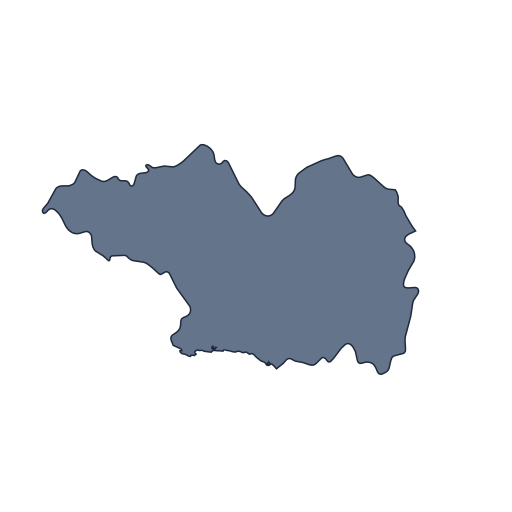 Al Madinah, Natural Earth projection, rotated 326°
{"feature_id": "SAU-845", "entity_name": "Al Madinah", "entity_type": "Region", "adm_level": 1, "iso_a3": "SAU", "parent_name": "Saudi Arabia", "parent_adm1": "", "projection": "natural_earth1", "projection_center": [39.015, 24.943], "detail": "fine", "context": "isolated", "style": "filled", "palette": "slate", "viewbox_px": 512, "rotation_deg": 326, "n_neighbors": 0, "source": "natural_earth", "source_scale": "10m", "svg_char_len": 5873}
<svg xmlns="http://www.w3.org/2000/svg" viewBox="0 0 512 512"><g transform="rotate(326 256 256)"><path d="M209.9,361.0L209.7,359.6L209.5,357.6L209.1,356.1L209.0,354.9L208.0,353.8L207.6,353.0L207.4,351.9L207.4,350.8L206.1,351.6L205.5,351.2L205.0,351.2L205.1,352.3L205.6,352.9L207.1,353.5L207.1,354.0L205.2,353.8L203.9,352.5L203.8,349.1L201.3,345.5L199.9,340.8L199.5,339.2L199.3,337.5L198.9,335.9L198.0,334.6L197.4,334.3L196.8,334.2L195.8,333.8L195.3,333.1L195.0,332.1L194.5,330.9L193.9,329.9L192.9,329.6L192.0,329.3L191.2,328.8L190.6,328.4L190.1,327.2L189.1,326.0L188.7,325.6L187.7,324.8L186.6,324.4L185.6,324.3L184.2,323.3L183.5,322.7L182.4,321.5L181.3,320.0L180.1,319.0L179.1,318.0L177.4,316.2L176.9,315.9L176.5,315.8L175.9,316.0L175.5,316.4L174.2,315.4L173.3,314.6L170.9,312.9L169.1,311.4L169.5,310.6L170.5,309.8L171.9,309.6L171.3,309.0L170.5,309.3L169.4,309.9L169.0,309.0L169.6,307.8L169.9,306.7L169.3,306.5L168.9,307.0L168.2,307.1L167.8,307.8L168.2,308.2L168.3,308.8L168.4,309.7L168.5,310.3L168.1,310.7L166.9,310.2L165.1,310.7L162.5,308.5L161.7,307.7L159.5,305.8L159.0,304.4L158.2,303.8L157.2,303.3L156.2,302.7L155.4,301.8L154.2,300.9L152.9,301.0L152.2,300.9L151.4,301.6L151.2,302.5L151.5,303.9L149.0,304.0L148.4,303.0L146.7,302.1L145.4,302.6L144.1,301.1L143.3,299.6L142.1,297.6L140.1,295.7L139.4,293.4L140.0,292.0L140.4,292.2L141.5,293.0L142.0,291.9L141.6,290.6L137.4,283.8L137.5,283.4L138.3,279.4L138.7,278.1L139.3,276.8L140.2,275.7L141.4,275.1L142.6,274.8L147.3,274.8L149.5,274.5L150.8,274.1L152.1,273.5L153.5,272.5L154.9,271.0L156.5,268.9L157.7,267.5L159.0,266.6L160.2,266.4L161.5,266.5L164.1,267.0L166.9,267.1L168.3,266.8L169.7,266.1L171.0,264.9L172.2,263.2L172.7,261.9L173.0,260.9L172.3,238.2L174.4,222.5L174.3,221.2L173.8,219.9L173.1,219.1L172.3,218.6L171.1,218.4L167.5,218.2L166.6,217.9L166.2,217.7L165.5,216.2L163.5,207.8L161.8,202.6L160.9,200.6L160.1,199.3L159.0,198.0L151.6,191.2L150.6,189.9L149.9,188.5L149.4,187.0L148.6,183.3L148.4,183.0L148.0,182.6L147.1,181.8L136.9,175.5L135.6,175.2L134.4,175.7L132.4,177.6L131.5,177.8L131.0,177.0L130.7,175.8L130.1,173.0L129.3,170.2L126.0,162.9L125.6,161.5L125.5,160.1L125.6,158.6L125.9,157.2L126.9,154.4L130.4,148.2L130.9,147.1L131.2,145.6L131.1,144.0L130.5,142.3L129.5,141.1L128.3,140.4L121.7,138.3L120.4,137.6L119.1,136.7L117.9,135.5L116.9,134.1L116.2,132.7L115.6,131.2L115.2,129.7L115.0,128.1L114.9,125.2L116.2,115.8L116.3,112.0L116.2,110.2L115.3,106.0L114.8,104.7L114.4,104.0L113.5,103.0L112.5,102.2L111.5,101.8L110.8,101.7L109.7,101.7L106.0,102.5L104.8,102.4L103.8,101.7L103.6,100.6L104.0,99.4L105.0,98.3L106.2,97.7L112.7,95.9L127.4,88.4L128.7,88.0L130.3,88.0L132.0,88.3L134.6,89.5L139.4,92.8L141.1,93.5L143.5,94.0L144.7,94.1L146.1,93.9L147.3,93.4L158.0,87.1L159.0,87.1L160.1,87.4L161.6,88.6L162.4,89.8L162.9,90.9L164.5,97.2L165.6,100.1L166.7,102.4L169.9,107.7L171.2,108.9L172.8,109.8L175.3,110.3L181.1,110.6L182.3,110.8L183.5,111.2L184.5,112.0L185.0,113.0L185.1,113.8L185.1,114.2L185.0,114.5L185.0,115.0L185.1,116.1L185.5,117.3L186.5,118.4L190.0,120.8L190.9,121.9L191.3,123.2L191.4,124.6L191.2,126.1L191.2,127.4L191.7,128.4L192.9,128.8L194.7,128.3L196.1,127.3L201.3,122.9L202.1,122.5L203.3,122.2L204.7,122.3L206.6,122.9L210.8,125.1L212.2,125.6L213.5,125.7L215.0,125.0L215.2,123.9L215.1,122.6L214.8,121.2L214.9,120.0L215.6,119.2L216.7,119.4L218.0,120.6L218.6,122.0L219.6,124.7L220.9,126.0L222.9,127.1L230.1,130.0L237.0,135.7L239.2,136.5L242.1,136.9L247.8,136.9L271.5,132.9L272.8,133.1L274.1,133.9L275.1,134.8L277.1,137.9L278.1,140.9L278.4,142.2L278.5,143.9L278.5,145.5L278.0,148.0L277.7,148.8L275.7,152.9L275.0,155.0L275.0,156.7L275.7,158.1L276.7,159.2L278.0,159.7L279.3,159.9L282.0,159.2L283.4,159.3L284.6,160.4L285.2,161.8L285.3,163.3L282.2,186.4L282.2,188.5L282.4,190.2L284.2,197.8L285.2,204.7L284.8,223.0L285.1,224.9L285.7,226.6L286.5,227.8L287.4,228.9L288.1,229.4L289.1,230.0L290.4,230.4L291.6,230.6L293.0,230.6L294.3,230.3L308.5,224.8L311.4,224.3L318.3,224.5L320.7,224.2L321.9,224.0L323.0,223.6L323.8,223.3L324.9,222.6L326.0,221.7L327.1,220.5L331.3,214.8L332.6,213.6L334.1,212.5L336.1,211.7L337.7,211.3L347.6,210.9L363.7,213.6L368.6,215.1L370.0,215.7L377.6,217.6L380.1,218.6L381.2,219.5L382.1,220.8L382.6,222.5L382.8,224.1L381.8,242.0L382.0,243.5L382.6,245.1L383.7,247.0L384.9,248.1L386.3,248.9L393.7,251.1L394.7,251.6L395.3,252.1L396.4,254.1L397.4,256.8L400.5,269.7L401.6,272.6L402.4,273.8L403.3,274.8L408.4,278.9L408.4,281.3L407.7,284.3L407.0,286.3L406.9,286.6L404.2,290.4L403.3,292.0L403.0,293.1L402.9,294.1L403.1,294.6L403.9,296.9L403.9,298.5L403.8,301.2L402.8,306.4L402.1,318.1L402.3,324.5L394.8,323.3L391.2,323.5L389.9,324.1L388.7,325.1L388.0,326.3L387.7,327.7L387.8,329.2L389.3,333.7L389.6,335.1L389.7,336.6L389.6,339.6L389.2,341.3L388.5,343.1L387.0,345.7L385.6,347.2L384.2,348.4L374.0,353.3L366.5,358.0L364.0,360.1L362.2,362.2L361.6,363.8L362.0,365.3L363.0,366.5L364.2,367.5L370.5,371.2L371.5,372.4L371.9,373.9L371.3,375.8L370.2,377.1L368.8,378.0L362.2,380.7L360.6,381.8L358.9,383.4L350.8,392.3L334.4,406.6L332.2,409.5L328.0,416.6L326.6,418.4L325.2,419.1L323.8,419.2L314.9,416.1L313.5,415.9L311.8,416.3L309.4,418.0L303.5,423.5L302.3,424.2L302.0,424.4L300.6,424.8L299.3,424.9L298.0,424.9L294.2,424.3L292.8,423.4L292.1,422.3L291.9,421.0L292.0,419.6L292.6,416.8L292.9,413.8L292.9,412.3L292.6,410.9L292.0,409.5L291.1,408.2L290.0,407.0L289.0,406.2L287.2,405.2L283.4,403.9L282.3,403.3L281.5,402.2L281.3,400.8L281.6,399.4L284.8,391.2L285.1,389.9L285.5,386.6L285.4,384.5L285.2,383.3L284.8,382.0L284.1,380.8L283.0,379.8L281.8,379.4L280.6,379.3L275.2,380.1L262.9,384.3L258.5,385.2L257.2,384.6L256.5,383.4L256.3,380.6L256.0,379.3L255.4,378.1L254.4,377.4L252.6,377.4L246.5,378.6L244.2,378.8L242.3,378.4L240.9,377.4L239.6,376.2L235.1,370.3L230.5,365.8L229.7,364.9L227.3,360.6L226.2,359.5L224.6,359.0L222.9,359.1L218.8,360.2L211.6,360.8L209.9,361.0Z" fill="#64748b" stroke="#1e293b" stroke-width="1.5"/></g></svg>